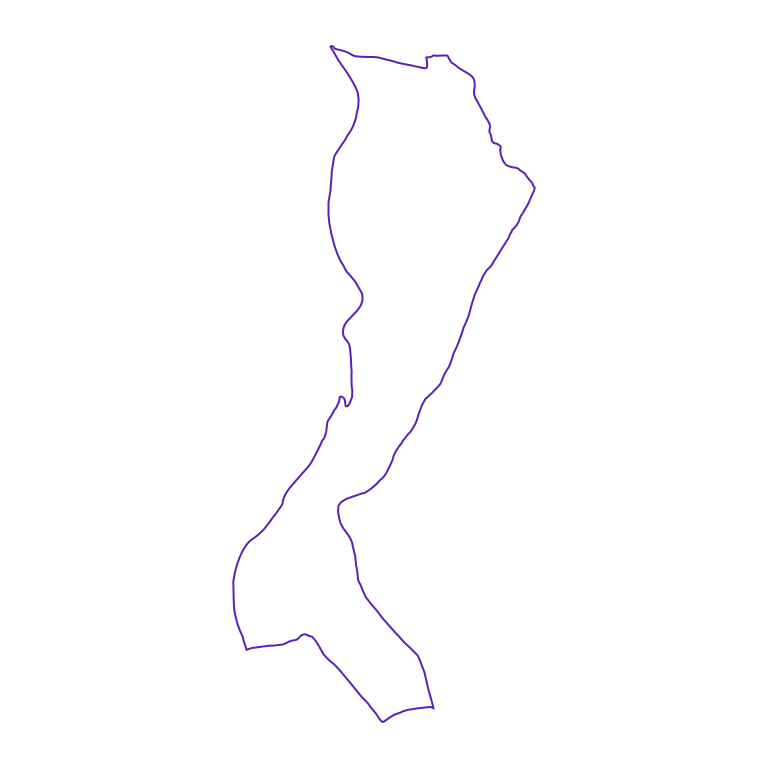 outline of Stueng Traeng, Stœng Trêng, Cambodia
{"feature_id": "14789045B25849746907404", "entity_name": "Stueng Traeng", "entity_type": "district", "adm_level": 2, "iso_a3": "KHM", "parent_name": "Cambodia", "parent_adm1": "Stœng Trêng", "projection": "natural_earth1", "projection_center": [106.059, 13.658], "detail": "fine", "context": "isolated", "style": "outline", "palette": "violet", "viewbox_px": 768, "rotation_deg": 0, "n_neighbors": 0, "source": "geoboundaries", "source_scale": "gbopen_adm2", "svg_char_len": 5858}
<svg xmlns="http://www.w3.org/2000/svg" viewBox="0 0 768 768"><path d="M501.2,155.9L500.7,154.0L500.2,149.6L500.5,148.0L500.8,146.9L500.1,145.9L498.4,144.7L497.0,143.7L495.4,143.5L493.3,142.6L491.9,141.0L491.7,139.7L491.2,136.7L490.8,134.8L490.1,133.3L489.3,131.5L489.7,128.7L490.1,127.5L489.8,124.5L488.8,122.5L487.1,119.3L485.6,117.2L483.6,113.2L482.0,110.3L480.4,107.0L477.7,102.1L475.3,97.9L474.0,93.8L474.1,90.4L474.6,87.9L474.7,84.6L474.3,80.5L473.6,78.7L472.1,76.6L469.2,74.3L462.0,69.9L459.9,68.7L458.0,67.4L455.8,65.4L454.2,64.3L451.6,62.6L450.6,61.3L449.2,58.8L447.6,55.9L446.7,55.4L435.7,55.8L434.3,55.4L433.0,55.6L432.2,56.4L430.4,57.1L426.3,57.5L426.5,58.4L427.0,61.6L427.1,62.8L427.2,65.2L427.0,66.5L426.8,67.4L425.5,68.3L422.4,67.9L417.0,66.7L411.1,65.4L404.3,64.1L397.7,62.7L392.3,61.0L385.3,59.3L378.0,57.4L373.5,57.0L364.7,56.9L357.5,56.5L354.1,55.9L352.1,54.9L350.4,54.0L348.6,52.9L346.9,52.1L343.9,51.0L341.4,50.5L338.9,49.8L337.0,49.3L335.5,48.9L334.5,48.5L333.9,47.4L333.1,46.5L332.1,46.1L331.2,46.1L330.5,46.6L338.7,60.7L347.8,73.8L352.8,82.1L355.8,87.7L357.7,92.4L358.6,99.0L358.4,104.9L357.7,109.3L356.9,112.4L356.1,117.1L355.0,120.9L353.4,125.3L351.7,129.0L349.4,132.8L348.2,134.5L346.8,136.7L345.6,139.0L343.6,142.1L341.8,144.6L340.2,147.0L337.8,150.6L336.5,152.6L334.5,156.0L333.6,160.0L332.9,164.5L331.9,170.5L331.3,179.4L330.4,190.7L328.5,202.6L328.5,214.8L329.3,223.1L331.5,234.5L334.4,245.5L337.1,253.3L340.2,260.3L343.7,266.1L344.7,268.3L346.5,271.5L347.9,272.9L350.4,275.9L353.5,279.5L355.6,282.2L357.1,284.8L359.8,289.6L361.8,293.0L362.4,295.6L362.5,299.1L362.3,300.5L362.2,301.6L361.0,305.0L359.3,307.7L357.2,310.6L354.3,313.6L350.2,318.1L346.4,322.0L344.3,325.7L343.3,329.0L343.0,332.3L343.3,335.5L345.4,339.1L347.6,341.6L349.1,344.3L349.8,347.3L350.2,350.4L350.7,355.4L351.0,360.4L351.2,366.1L351.6,371.2L351.5,376.0L351.5,380.2L351.7,386.1L352.3,390.7L352.2,394.2L352.1,396.8L351.2,399.3L350.3,401.8L349.2,404.2L347.6,406.2L346.0,406.3L345.4,405.1L345.3,403.4L345.1,401.9L344.6,399.4L343.6,397.9L341.2,396.5L339.8,396.9L339.0,401.9L337.6,404.6L336.1,407.9L334.1,410.3L332.4,413.7L331.3,415.6L329.3,418.6L328.0,420.7L327.3,422.3L326.9,425.4L326.3,431.7L324.2,438.3L323.1,439.5L322.3,440.4L319.9,445.9L317.2,451.3L314.8,455.9L311.5,462.1L308.1,466.9L297.3,479.1L289.1,488.6L285.3,494.4L282.9,500.2L282.4,504.2L277.9,510.8L276.7,512.5L276.0,513.6L275.1,514.7L272.8,517.4L271.1,520.0L269.8,521.7L269.2,522.6L267.7,524.5L265.7,527.0L264.1,529.1L263.4,529.9L262.4,530.9L260.4,532.8L258.4,534.6L256.5,536.1L254.9,537.4L253.2,538.6L251.4,539.8L249.8,541.0L249.0,541.9L247.0,544.0L246.3,545.0L245.7,546.0L244.5,547.9L242.9,550.3L241.8,552.7L240.8,554.9L239.9,556.7L239.5,557.8L238.4,560.8L238.1,561.6L237.7,562.8L237.0,564.3L236.7,565.7L235.5,570.3L234.9,572.4L234.6,574.0L234.5,574.9L234.2,576.6L233.9,578.0L233.8,578.7L233.6,579.7L233.4,581.4L233.3,583.0L233.5,590.4L233.6,596.0L233.8,601.8L234.3,610.2L235.2,615.0L236.4,619.9L237.9,625.1L238.9,627.8L239.5,629.6L241.0,632.9L241.6,634.3L242.7,636.6L243.8,641.2L245.2,645.6L246.0,647.9L246.1,648.5L246.5,649.8L247.4,649.5L248.3,649.2L249.4,648.8L250.8,648.4L252.9,647.8L255.9,647.6L257.3,647.3L259.7,646.9L260.6,646.8L264.7,646.3L269.5,645.7L273.8,645.6L283.3,644.4L290.6,640.9L292.0,640.7L293.1,640.4L294.3,640.2L295.2,640.1L296.5,639.7L297.6,639.1L298.5,638.3L299.2,637.3L300.3,636.3L301.4,635.4L302.2,634.9L304.2,634.4L305.0,634.3L307.4,634.9L307.7,635.4L308.5,635.8L310.3,636.3L312.3,636.9L313.4,638.2L315.7,641.0L319.3,646.7L323.6,654.4L326.8,657.9L330.6,661.6L333.6,663.8L339.4,669.8L343.2,674.5L345.5,677.1L348.7,681.0L349.6,682.0L359.0,693.7L362.0,697.3L365.2,700.4L368.2,703.7L371.0,707.6L375.7,713.3L376.8,714.8L379.0,718.4L381.8,721.6L383.4,721.9L386.2,720.0L390.5,717.0L394.8,714.5L399.7,712.8L400.6,712.5L403.0,711.3L408.0,709.8L411.7,709.3L416.6,708.5L425.9,707.4L430.7,707.0L433.4,708.1L433.0,706.3L432.1,702.8L430.5,696.9L428.2,688.7L426.7,682.2L425.5,677.0L424.3,671.9L422.0,665.9L419.8,660.0L417.6,655.3L414.1,651.9L409.6,647.3L405.7,643.8L402.2,640.2L399.4,636.8L395.6,633.0L392.4,629.4L389.3,625.8L382.3,617.9L376.3,610.0L371.4,604.4L365.7,597.0L361.8,588.2L360.2,584.2L358.8,581.7L358.1,579.7L357.2,570.9L356.3,566.1L356.0,565.1L355.7,560.7L355.2,556.0L354.1,551.9L353.1,547.6L352.0,542.2L350.6,539.0L348.0,534.6L346.4,532.5L343.6,528.7L341.8,525.8L340.5,523.0L339.7,520.4L338.8,516.0L338.3,513.5L338.1,511.6L338.4,505.9L340.9,502.3L345.8,499.2L351.8,496.9L356.1,495.5L360.9,493.8L365.2,492.6L368.2,490.7L371.3,488.5L375.2,485.3L377.4,483.1L380.2,480.0L382.1,478.4L384.5,475.9L384.8,475.3L386.4,472.8L388.4,468.9L390.8,463.9L392.5,459.9L393.8,455.3L396.0,451.0L398.8,446.6L401.6,443.1L403.5,439.8L405.3,437.7L407.7,434.6L409.6,432.8L412.1,429.4L413.7,426.7L414.9,424.7L415.2,424.0L417.0,419.8L418.1,415.6L422.0,405.0L425.5,398.8L429.6,395.2L432.1,392.9L434.9,389.8L437.9,386.8L440.4,383.9L442.0,380.2L443.1,377.2L444.7,373.7L446.4,370.8L448.8,367.0L450.4,363.4L451.9,359.2L452.8,355.8L454.0,352.5L455.4,349.7L456.5,347.3L458.0,343.6L459.3,340.5L460.4,337.2L461.8,333.5L463.5,327.8L465.9,322.7L467.3,319.1L468.8,315.3L469.7,312.0L471.1,306.5L472.6,301.6L474.0,297.1L474.6,295.1L475.5,293.0L476.8,290.2L478.7,286.2L480.0,282.8L481.1,280.8L482.1,278.2L483.3,275.7L484.9,273.1L486.5,270.5L489.5,267.6L491.0,266.0L506.1,241.7L507.9,239.1L508.4,238.2L508.9,236.9L509.6,235.3L510.2,233.8L511.3,232.3L512.2,229.9L513.7,228.5L514.8,227.4L517.0,224.7L518.5,222.1L519.4,219.7L520.2,217.3L521.6,214.9L523.3,212.4L525.6,208.2L527.5,205.1L528.8,202.4L530.3,198.9L531.7,196.0L532.7,193.4L534.1,190.8L534.7,187.6L533.1,185.6L532.5,183.3L531.2,181.8L529.6,180.1L526.4,175.9L524.6,173.3L522.6,171.9L520.0,170.3L518.3,168.6L515.0,167.6L511.8,167.2L508.8,166.2L506.2,164.9L504.5,163.0L503.3,161.2L502.4,159.1L501.2,155.9Z" fill="none" stroke="#5b21b6" stroke-width="2"/></svg>